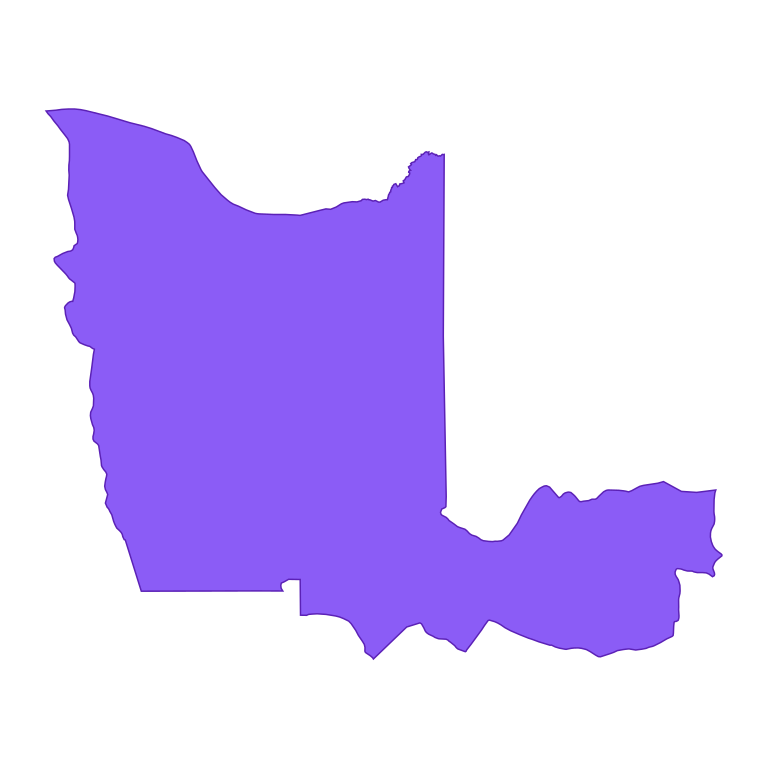 Chhuk, Kâmpôt, Cambodia
{"feature_id": "14789045B28419059899901", "entity_name": "Chhuk", "entity_type": "district", "adm_level": 2, "iso_a3": "KHM", "parent_name": "Cambodia", "parent_adm1": "Kâmpôt", "projection": "mercator", "projection_center": [104.309, 10.967], "detail": "fine", "context": "isolated", "style": "filled", "palette": "violet", "viewbox_px": 768, "rotation_deg": 0, "n_neighbors": 0, "source": "geoboundaries", "source_scale": "gbopen_adm2", "svg_char_len": 6029}
<svg xmlns="http://www.w3.org/2000/svg" viewBox="0 0 768 768"><path d="M46.1,111.0L48.1,113.8L50.7,116.5L53.9,121.0L57.8,125.7L60.6,129.6L65.1,135.3L67.6,138.6L69.1,141.9L69.5,144.3L69.5,156.4L69.4,160.7L68.9,165.0L68.8,170.1L69.2,175.2L68.5,189.3L67.6,195.2L68.5,199.3L71.5,208.5L74.0,217.1L74.7,221.2L74.8,224.0L74.8,229.3L76.3,233.3L77.3,235.6L77.7,237.7L77.9,239.7L77.7,241.7L77.3,243.5L74.1,245.7L73.6,247.8L72.7,249.8L70.6,251.1L67.8,251.5L62.7,253.5L57.5,256.4L55.3,257.2L54.1,258.6L54.4,261.2L55.3,262.9L57.1,265.0L65.8,274.0L67.9,276.6L68.3,277.4L69.6,278.9L74.5,282.7L75.0,283.4L75.1,286.1L74.9,291.5L73.7,297.9L72.7,301.4L71.6,301.3L69.7,301.9L68.1,302.9L65.5,305.6L64.6,307.3L64.7,308.5L65.1,309.7L65.5,314.1L67.0,319.8L69.8,325.0L71.4,328.4L72.6,333.1L73.7,335.1L75.7,336.9L78.8,341.6L80.0,342.8L84.3,344.7L88.0,346.0L89.2,346.2L90.0,346.5L92.5,348.4L94.4,349.2L93.4,354.4L91.8,367.3L89.8,381.5L89.8,385.8L90.1,388.0L91.1,390.4L92.5,393.0L93.3,395.2L93.7,398.3L93.4,405.9L92.3,408.8L90.7,412.2L90.4,415.6L90.8,418.6L92.5,424.7L93.8,427.6L94.2,430.4L93.6,434.2L93.0,436.5L93.0,439.1L94.0,441.2L97.5,443.9L98.7,445.6L100.4,456.8L101.0,459.9L101.5,465.6L102.1,467.0L103.7,469.5L105.8,472.0L106.8,474.2L106.5,476.4L105.8,479.1L105.2,482.4L104.7,486.2L105.4,489.5L106.9,492.4L107.7,494.5L105.4,503.1L107.2,507.3L108.3,508.4L109.1,509.7L109.8,511.3L111.8,514.8L113.6,521.2L114.7,524.0L115.6,525.9L116.8,528.1L119.6,530.7L121.3,532.6L122.3,534.5L122.8,536.7L124.2,539.6L125.3,540.0L141.3,591.2L257.8,590.9L282.8,591.0L281.5,588.9L281.1,588.0L280.8,585.5L281.3,583.1L284.2,581.8L288.6,579.3L300.2,579.5L300.5,615.2L306.6,615.3L308.6,614.4L311.8,614.1L317.1,613.8L326.0,614.4L335.7,616.0L339.6,617.0L343.6,618.6L348.7,621.1L351.2,623.7L355.7,630.3L358.4,635.4L362.5,641.4L364.3,644.4L365.0,647.5L364.9,651.0L365.1,651.9L365.9,652.8L370.3,655.7L372.7,657.8L373.4,659.0L406.7,627.0L419.9,622.9L421.5,623.8L423.9,628.0L425.2,630.9L425.8,631.8L427.0,633.0L428.7,634.2L433.2,636.3L434.9,637.4L438.1,638.6L439.0,638.8L446.1,639.2L447.8,640.0L449.0,641.2L450.5,642.2L454.2,645.2L455.2,646.2L455.9,647.2L456.9,648.2L457.9,649.0L465.3,651.7L466.1,651.2L466.7,649.9L471.2,644.1L481.6,629.9L484.4,625.6L488.1,620.5L489.4,620.1L494.8,621.7L497.9,623.1L501.0,624.9L505.0,627.7L510.6,630.7L519.6,634.6L528.6,638.2L532.1,639.3L538.8,641.8L549.9,645.2L551.5,645.1L555.2,646.9L559.2,648.1L564.5,649.1L566.1,649.3L571.3,648.3L574.1,648.0L578.1,647.9L581.4,648.3L585.1,649.2L586.5,649.6L590.2,651.6L595.6,655.1L598.3,656.6L600.4,656.8L610.8,653.4L613.8,652.3L617.4,650.6L622.9,649.6L625.7,649.2L629.0,648.9L635.7,650.0L641.7,649.2L646.0,648.4L649.0,647.2L652.7,646.3L654.4,645.6L660.6,642.5L666.7,638.9L672.1,636.4L673.1,635.5L673.4,633.2L673.7,626.0L674.1,622.3L674.6,621.6L676.2,621.4L677.6,620.7L678.3,620.1L678.9,617.9L679.0,615.9L678.6,609.9L678.7,607.0L678.6,599.8L678.8,597.9L679.9,593.5L680.1,590.9L679.9,585.3L679.1,582.4L678.3,579.9L677.4,578.3L676.3,576.7L675.2,574.4L675.1,572.0L676.0,569.6L676.5,569.0L677.5,568.6L680.4,568.9L682.0,569.3L683.6,570.0L687.4,571.0L692.2,571.1L694.0,571.9L697.3,572.6L702.6,572.6L706.3,572.9L709.0,574.1L712.5,576.7L714.2,575.7L714.6,574.4L714.4,572.8L712.9,568.8L712.8,567.0L714.7,562.5L716.0,560.8L717.7,559.2L721.9,555.8L721.9,554.8L721.1,553.9L718.3,551.9L716.6,550.5L715.1,549.1L713.7,547.1L712.7,545.3L711.3,541.5L710.4,537.0L710.5,533.1L710.9,530.8L711.7,528.6L714.1,524.0L714.6,521.1L714.7,519.0L714.6,516.8L714.1,513.8L713.9,511.3L714.1,499.6L714.9,492.8L715.8,490.0L696.6,492.4L681.4,491.4L663.5,481.6L657.9,483.2L643.4,485.4L639.9,486.3L636.8,487.9L631.7,490.7L628.6,491.9L625.8,491.2L623.3,490.8L618.7,490.3L608.1,490.0L606.2,490.4L603.6,491.8L599.1,496.0L596.8,498.4L595.4,499.2L592.0,499.2L588.7,500.6L583.5,501.2L581.1,501.7L579.6,501.5L578.6,500.6L575.3,496.5L573.7,494.9L570.9,492.5L568.8,492.1L567.7,492.2L565.1,492.9L563.3,494.1L561.4,496.4L559.5,497.6L558.6,497.5L549.6,487.1L546.6,485.8L545.0,485.9L543.8,486.2L541.8,487.2L539.3,488.6L536.7,491.1L534.4,493.7L532.2,496.6L529.8,500.1L521.4,514.9L517.4,523.2L509.2,534.9L503.0,540.1L501.4,540.8L497.3,541.3L495.2,541.2L492.6,541.6L488.7,541.4L483.3,540.7L480.9,539.7L478.9,538.1L476.1,536.4L471.8,535.1L469.5,533.6L466.8,530.7L464.9,529.2L459.6,527.5L457.4,526.6L453.9,523.9L449.0,520.5L447.9,519.0L446.2,517.4L442.1,515.3L441.1,514.4L440.5,512.3L441.8,509.0L444.8,507.7L445.9,506.7L446.2,496.5L443.3,336.1L444.2,154.4L443.2,154.6L442.3,154.4L441.3,155.4L440.5,156.0L439.3,155.8L438.3,156.1L437.4,155.8L436.6,154.7L435.6,155.3L435.0,154.3L433.8,154.1L433.1,153.8L432.5,153.2L431.5,153.0L428.9,154.8L428.3,153.8L428.8,152.9L428.9,151.9L428.0,152.2L427.1,152.2L426.2,151.8L425.1,152.3L423.2,154.3L421.3,154.4L421.6,155.2L420.7,156.3L419.3,156.7L417.8,157.7L417.6,158.8L416.9,159.6L415.7,159.6L414.8,161.7L411.8,162.6L410.7,163.6L411.4,164.5L410.8,165.3L408.5,166.9L409.0,168.2L409.8,169.5L410.6,170.3L409.6,170.6L408.8,171.4L408.7,172.4L409.7,172.9L409.7,173.9L408.3,176.5L407.0,176.7L406.3,177.0L404.8,179.7L403.2,180.9L403.8,182.1L404.0,182.8L402.2,183.5L399.7,184.0L399.4,185.6L397.6,186.7L395.8,183.7L393.9,184.4L393.2,185.7L392.4,186.2L392.4,187.3L391.6,187.7L391.5,188.9L391.1,189.4L390.7,190.8L390.7,191.8L389.8,192.3L389.4,193.5L388.5,195.0L388.3,196.3L387.9,197.6L387.8,198.4L387.4,199.7L386.1,199.7L383.2,200.2L380.0,202.1L378.6,202.1L375.4,200.5L373.0,201.1L369.9,199.8L368.8,199.7L368.2,199.2L366.5,199.6L364.8,199.2L362.4,199.4L361.2,200.7L357.0,201.9L352.3,201.7L343.9,202.9L341.4,203.8L336.3,207.0L330.6,209.3L325.9,208.9L319.7,210.4L300.1,215.4L297.0,215.1L285.8,214.5L273.9,214.5L259.1,213.9L257.3,213.7L255.2,213.3L246.3,209.9L238.5,206.2L233.4,204.2L230.2,202.3L227.6,200.3L221.1,194.7L214.7,187.4L202.2,171.7L201.0,169.7L197.0,161.1L193.3,151.7L190.8,146.4L189.4,144.3L187.3,142.6L184.3,140.6L177.3,137.6L171.5,135.5L165.5,133.8L151.6,128.6L144.2,126.3L129.8,122.7L107.5,116.0L86.1,110.7L80.4,109.6L74.5,109.0L68.7,109.0L61.7,109.4L56.0,110.2L46.1,111.0Z" fill="#8b5cf6" stroke="#5b21b6" stroke-width="1.5"/></svg>